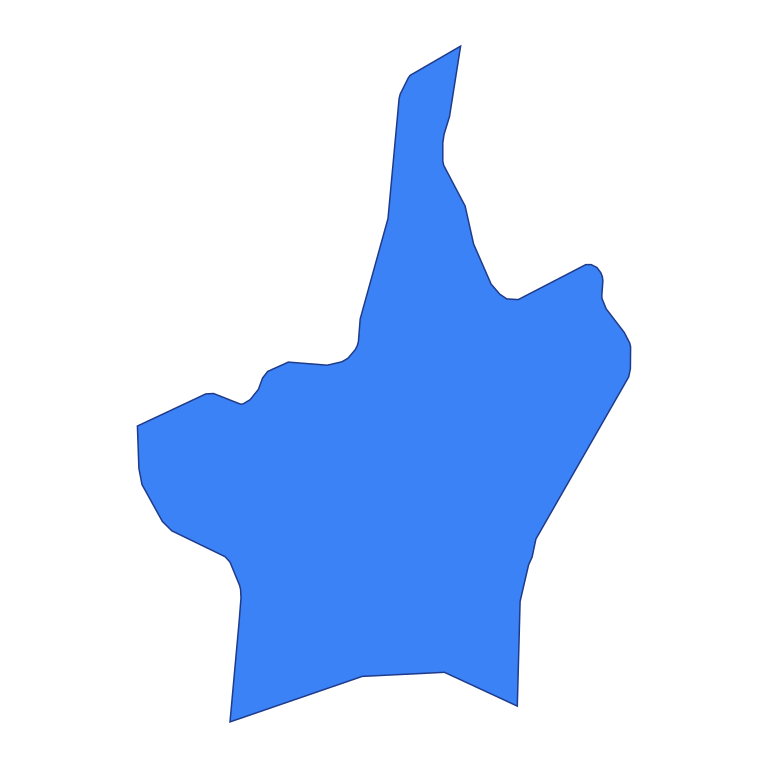 Barking and Dagenham, Mercator projection
{"feature_id": "GBR-2060", "entity_name": "Barking and Dagenham", "entity_type": "London Borough", "adm_level": 1, "iso_a3": "GBR", "parent_name": "United Kingdom", "parent_adm1": "", "projection": "mercator", "projection_center": [0.139, 51.548], "detail": "fine", "context": "isolated", "style": "filled", "palette": "blue", "viewbox_px": 768, "rotation_deg": 0, "n_neighbors": 0, "source": "natural_earth", "source_scale": "10m", "svg_char_len": 942}
<svg xmlns="http://www.w3.org/2000/svg" viewBox="0 0 768 768"><path d="M460.6,46.1L449.5,116.6L444.1,134.2L442.8,142.8L442.8,161.1L443.7,165.3L465.1,206.0L473.6,244.0L491.1,284.1L499.7,294.1L506.7,298.9L518.2,299.6L585.8,264.6L591.2,264.6L596.9,267.5L600.8,272.7L602.3,276.5L602.9,280.6L601.8,295.8L602.0,298.6L606.2,308.9L624.2,332.4L629.6,342.8L630.6,346.6L630.4,368.7L628.7,376.9L535.9,539.0L532.1,557.1L528.6,564.8L520.1,601.4L517.3,706.1L444.4,672.3L362.2,676.4L328.2,688.1L230.0,721.9L239.1,621.9L241.0,598.1L240.6,589.5L239.6,585.4L230.0,562.1L225.1,556.7L171.9,530.9L162.4,521.5L142.0,484.6L138.9,468.4L137.4,426.0L205.8,393.9L213.5,393.5L240.6,404.2L243.1,403.9L250.1,399.7L258.4,389.4L262.6,378.0L267.7,371.4L288.3,362.1L327.2,365.2L341.8,361.8L347.9,358.3L355.2,349.7L357.2,345.9L358.4,341.7L360.2,318.9L388.0,218.5L399.1,98.6L400.2,94.1L408.3,77.9L410.2,75.3L460.6,46.1Z" fill="#3b82f6" stroke="#1e3a8a" stroke-width="1.5"/></svg>